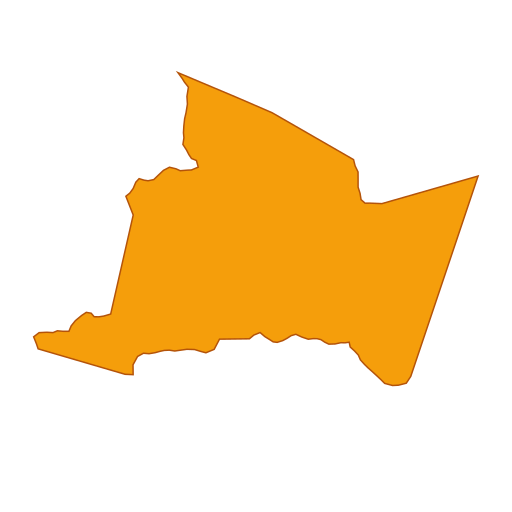 Gurjão, Paraíba, Brazil (Equal Earth projection), rotated 17°
{"feature_id": "56859067B53203930755838", "entity_name": "Gurjão", "entity_type": "district", "adm_level": 2, "iso_a3": "BRA", "parent_name": "Brazil", "parent_adm1": "Paraíba", "projection": "equal_earth", "projection_center": [-36.483, -7.267], "detail": "fine", "context": "isolated", "style": "filled", "palette": "amber", "viewbox_px": 512, "rotation_deg": 17, "n_neighbors": 0, "source": "geoboundaries", "source_scale": "gbopen_adm2", "svg_char_len": 1588}
<svg xmlns="http://www.w3.org/2000/svg" viewBox="0 0 512 512"><g transform="rotate(17 256 256)"><path d="M445.0,114.6L361.1,169.1L349.3,172.2L344.9,173.6L340.0,171.4L337.2,165.7L333.5,160.3L331.3,153.1L329.0,145.8L324.4,140.8L321.1,135.3L229.6,114.3L191.3,110.0L127.8,103.5L133.5,107.8L136.7,110.6L142.0,114.3L143.3,123.6L146.0,130.8L147.2,139.5L147.6,145.5L148.9,152.4L150.6,159.4L152.5,164.0L153.5,170.7L158.6,175.0L162.2,178.7L165.8,181.6L171.1,182.1L174.8,187.9L169.1,192.6L165.2,194.0L158.6,196.6L154.0,196.0L147.3,196.4L142.5,201.1L138.9,207.4L135.9,212.8L130.8,215.6L126.8,216.2L121.6,216.2L119.5,220.5L118.8,227.3L116.9,232.8L114.1,236.9L126.6,252.7L134.0,354.0L127.9,358.0L123.5,360.1L119.0,361.4L115.1,358.9L110.2,359.5L106.6,363.9L102.2,370.6L99.7,376.8L99.1,382.7L93.6,384.4L87.9,385.6L84.3,388.6L78.2,390.1L71.0,392.7L67.0,398.3L71.8,404.3L74.8,408.5L165.4,407.4L173.2,405.4L170.2,396.0L172.1,386.7L176.8,381.9L182.3,380.7L187.9,377.9L192.3,375.1L195.9,373.1L200.6,371.4L206.1,370.6L217.2,365.4L224.6,363.4L231.5,363.4L236.4,363.2L243.3,357.5L245.4,346.2L273.9,337.1L277.1,332.2L282.3,328.0L288.0,330.5L293.7,332.0L297.5,333.1L301.5,332.4L306.3,329.1L309.7,325.7L312.9,321.9L317.0,319.2L323.5,320.1L330.3,320.3L334.8,318.3L338.6,317.2L342.6,317.0L346.9,318.3L351.4,319.0L357.3,317.0L362.5,314.1L366.5,313.0L370.3,311.2L372.7,315.5L378.0,318.0L382.8,320.8L386.2,324.8L391.4,327.9L395.8,330.2L400.2,332.2L406.1,335.0L411.2,337.5L416.3,340.2L424.5,339.9L430.0,337.9L436.9,333.7L439.2,325.9L443.6,166.5L445.0,114.6Z" fill="#f59e0b" stroke="#b45309" stroke-width="1.5"/></g></svg>